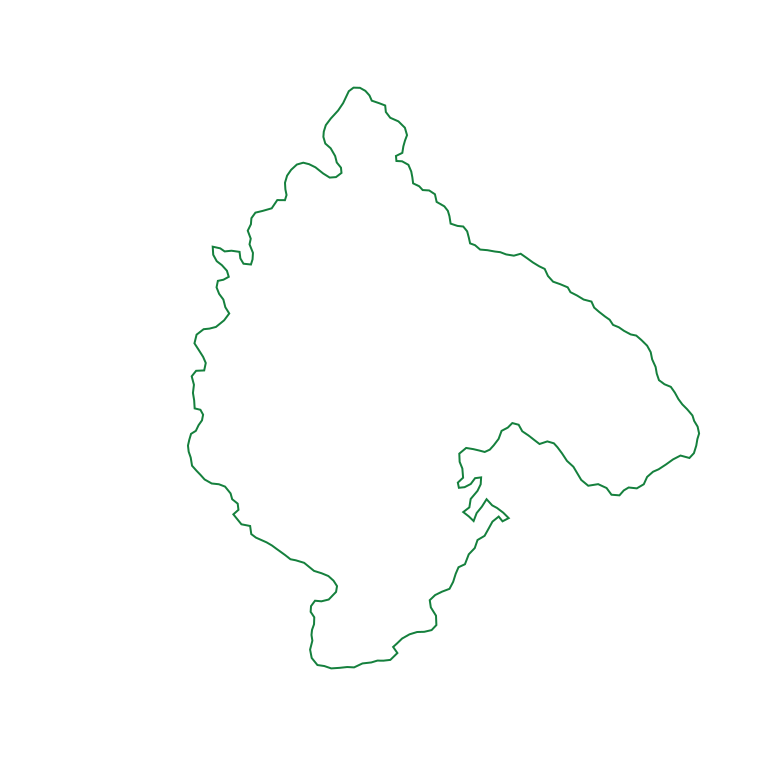 Madre de Deus de Minas, Minas Gerais, Brazil, rotated 51°
{"feature_id": "56859067B30522908877302", "entity_name": "Madre de Deus de Minas", "entity_type": "district", "adm_level": 2, "iso_a3": "BRA", "parent_name": "Brazil", "parent_adm1": "Minas Gerais", "projection": "mercator", "projection_center": [-44.329, -21.491], "detail": "fine", "context": "isolated", "style": "outline", "palette": "green", "viewbox_px": 768, "rotation_deg": 51, "n_neighbors": 0, "source": "geoboundaries", "source_scale": "gbopen_adm2", "svg_char_len": 3921}
<svg xmlns="http://www.w3.org/2000/svg" viewBox="0 0 768 768"><g transform="rotate(51 384 384)"><path d="M593.8,536.9L593.2,530.1L594.6,521.7L597.6,514.3L601.9,508.7L605.2,501.9L604.3,495.0L596.8,489.4L587.1,488.2L580.8,484.5L580.2,477.1L581.9,469.6L584.4,462.0L581.3,454.8L576.6,447.7L573.3,441.4L575.0,434.5L569.7,425.3L568.6,416.7L564.1,409.5L565.3,401.4L562.7,394.9L559.2,386.3L559.2,378.3L565.3,378.3L566.7,371.5L559.1,372.3L551.4,374.2L546.4,376.3L538.1,376.8L540.9,385.1L542.6,393.2L546.9,400.6L540.3,401.4L533.4,403.0L533.6,395.3L527.9,389.0L525.9,378.6L522.8,372.0L517.7,367.3L514.5,372.5L516.3,379.5L514.9,386.3L511.8,391.1L507.1,388.7L506.6,381.5L499.0,376.3L492.1,374.2L485.5,369.3L485.4,360.4L490.8,355.6L495.7,351.8L500.2,348.5L501.6,343.1L500.7,337.3L498.8,329.5L494.4,322.1L495.8,315.2L495.1,308.9L500.4,305.0L507.8,306.3L514.9,304.1L522.3,302.4L528.5,300.9L531.4,293.2L537.0,289.3L542.3,289.0L549.9,289.3L558.9,290.2L567.5,288.9L574.4,289.9L582.7,291.1L591.6,289.3L596.6,280.6L604.9,276.5L613.2,276.9L618.7,271.1L617.6,264.6L618.4,259.0L624.2,253.2L625.4,245.2L621.8,238.0L621.5,230.1L623.1,224.3L624.0,215.5L624.5,206.8L626.2,198.6L633.7,193.2L632.8,186.7L628.4,180.1L624.0,175.1L620.8,170.3L614.5,167.1L607.9,166.2L602.6,164.1L594.3,164.3L587.6,165.0L581.0,164.7L573.8,163.4L566.7,162.9L560.7,166.2L554.1,167.9L547.6,165.5L541.7,162.2L533.6,160.1L527.1,156.7L519.8,155.4L511.8,156.3L505.1,157.5L500.7,161.1L493.8,164.0L487.7,165.8L482.2,168.8L476.1,168.2L470.5,169.8L463.1,171.5L456.9,172.6L450.5,170.9L444.0,175.7L436.7,178.3L430.0,181.3L424.5,180.4L417.4,184.2L410.9,188.2L403.2,188.6L395.7,186.7L390.2,189.3L383.2,191.8L376.1,193.7L368.8,195.8L366.0,202.3L360.2,207.5L354.7,210.7L350.9,214.4L345.1,219.4L340.0,224.7L333.4,225.9L328.9,228.6L323.7,226.0L317.7,223.3L311.5,223.3L307.4,227.4L301.3,231.3L294.7,227.5L289.6,225.4L283.9,225.3L275.6,228.5L268.6,225.0L262.0,227.1L257.6,231.9L252.5,232.2L246.4,235.1L241.2,231.9L236.0,229.1L229.0,227.1L222.3,229.8L218.5,234.0L214.3,231.2L215.9,224.3L211.5,219.4L208.1,214.6L205.1,209.5L198.0,206.5L189.0,207.5L181.0,211.6L173.8,211.4L168.3,207.8L162.8,211.0L156.1,215.2L150.6,213.7L144.5,214.0L138.7,216.3L134.5,221.2L134.3,227.1L140.0,239.0L142.6,247.6L144.2,258.3L146.2,266.3L150.0,272.0L153.8,275.6L160.2,278.3L167.2,277.1L176.1,278.5L182.1,281.3L188.8,281.3L193.2,284.2L193.0,291.1L189.4,296.3L182.1,298.8L172.5,300.9L166.0,303.9L161.2,307.5L158.6,313.6L159.1,321.4L161.1,328.2L165.3,334.3L170.6,338.1L175.8,340.8L178.8,345.3L173.9,351.2L176.8,360.7L173.1,369.4L169.9,376.1L171.7,382.7L176.1,386.9L179.1,393.4L187.2,396.1L190.8,400.6L199.6,403.3L204.4,407.7L207.4,412.2L202.1,417.5L196.0,416.6L190.4,413.1L184.4,418.7L180.7,424.4L175.5,425.9L169.5,430.7L176.1,435.4L183.3,436.7L189.6,435.2L197.1,434.8L203.0,437.2L201.9,443.2L199.3,448.2L203.5,453.3L210.2,455.4L217.3,455.7L224.5,459.0L231.8,459.9L233.9,468.2L233.9,478.7L231.1,484.8L227.9,489.7L227.7,498.6L233.1,505.7L242.3,506.7L249.1,507.5L255.5,509.3L260.3,515.2L255.5,521.7L257.0,528.6L265.0,532.2L270.7,538.1L277.2,541.8L283.8,546.5L288.5,542.9L294.0,543.9L297.7,548.3L299.3,554.0L302.0,559.7L301.3,565.3L304.8,570.4L308.5,575.1L313.7,578.4L319.5,580.5L326.7,584.6L333.4,584.3L339.2,583.8L345.3,583.5L352.9,580.5L358.0,575.4L363.7,572.1L372.5,572.1L378.0,574.5L384.9,573.0L390.2,576.3L390.5,583.1L396.8,583.1L403.3,583.1L410.1,577.4L417.1,581.6L422.8,580.2L427.5,577.8L433.2,574.9L439.0,572.7L444.8,571.2L454.7,568.5L461.3,567.0L465.5,563.5L472.7,558.6L485.2,556.0L491.8,551.6L498.2,548.1L505.1,547.0L511.5,547.7L515.4,552.1L516.7,562.6L513.5,569.4L509.0,574.0L510.7,580.5L514.9,584.4L521.4,585.0L526.7,589.6L529.8,594.7L533.4,598.3L538.4,601.2L543.9,608.6L551.4,612.6L560.5,612.6L565.6,607.9L571.8,604.0L576.6,597.2L580.8,590.7L585.4,585.6L587.6,576.6L592.4,569.1L594.8,563.2L598.5,558.8L602.4,552.7L601.5,542.9L594.1,542.4L593.8,536.9Z" fill="none" stroke="#15803d" stroke-width="2"/></g></svg>